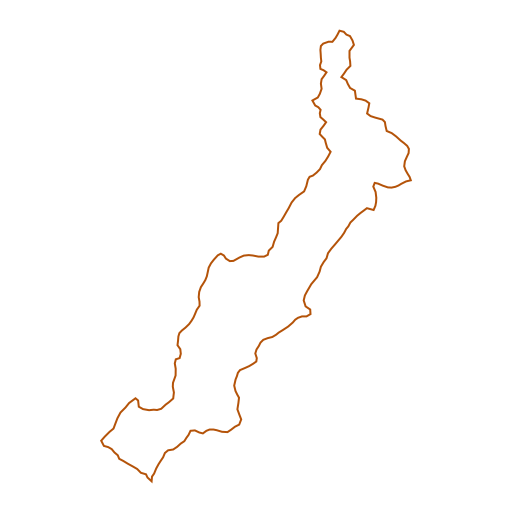 Guaiçara, São Paulo, Brazil (Mercator projection)
{"feature_id": "56859067B44295895024526", "entity_name": "Guaiçara", "entity_type": "district", "adm_level": 2, "iso_a3": "BRA", "parent_name": "Brazil", "parent_adm1": "São Paulo", "projection": "mercator", "projection_center": [-49.76, -21.553], "detail": "fine", "context": "isolated", "style": "outline", "palette": "amber", "viewbox_px": 512, "rotation_deg": 0, "n_neighbors": 0, "source": "geoboundaries", "source_scale": "gbopen_adm2", "svg_char_len": 3543}
<svg xmlns="http://www.w3.org/2000/svg" viewBox="0 0 512 512"><path d="M339.5,30.7L337.4,34.8L335.5,38.0L332.4,41.8L328.6,41.7L323.2,43.6L320.9,46.0L320.4,49.9L320.7,54.0L320.9,57.8L321.3,61.4L320.0,65.1L320.4,68.9L323.5,70.2L326.5,72.3L324.2,75.7L321.6,79.2L320.9,83.7L321.6,88.8L319.8,93.9L317.8,97.5L312.4,100.5L315.2,105.5L318.3,107.2L320.6,109.8L319.8,113.2L320.4,117.1L323.0,119.3L326.1,122.2L323.4,126.0L320.5,129.6L319.7,134.0L322.3,136.8L324.9,139.4L325.7,142.7L327.2,147.8L330.6,151.8L328.2,156.4L325.4,160.9L321.9,165.1L320.0,169.1L316.6,172.6L312.9,175.6L309.6,176.8L307.9,179.7L306.3,186.2L304.1,191.4L299.2,194.8L295.2,198.0L291.6,202.5L288.6,208.3L286.4,212.0L283.6,216.9L281.2,220.8L278.4,223.1L277.7,233.2L276.1,237.2L274.1,241.7L272.6,246.9L268.8,250.6L267.8,254.8L264.1,256.6L258.4,256.6L252.8,255.5L248.7,255.1L243.8,255.6L239.5,257.5L236.3,259.3L233.4,260.9L229.8,261.1L225.9,258.6L223.9,255.5L220.8,253.7L217.8,255.3L213.9,259.6L211.0,263.3L208.7,267.6L207.7,272.3L206.8,276.4L205.3,280.1L203.2,283.6L200.9,287.1L199.2,291.9L198.7,297.2L199.5,301.7L199.6,305.7L196.8,309.7L194.9,314.3L193.5,317.5L191.5,320.8L189.1,324.1L185.5,327.6L181.9,330.5L179.4,333.1L178.4,336.4L178.0,341.1L177.5,345.2L180.3,349.2L180.8,353.8L179.6,358.1L175.8,359.3L174.8,363.4L175.7,368.8L175.6,375.5L174.4,378.9L173.0,382.8L172.8,386.7L173.9,392.5L173.2,398.5L168.7,402.4L165.7,404.6L161.2,408.8L157.1,410.0L153.7,409.7L149.1,410.2L143.0,409.1L138.8,406.7L138.1,400.5L135.5,398.3L129.1,403.0L125.5,407.5L120.5,412.5L117.4,418.3L115.3,423.8L113.5,428.6L109.6,431.8L104.8,436.6L101.2,440.7L103.9,445.9L108.2,447.1L111.7,449.1L114.4,452.4L117.8,455.3L119.2,458.8L123.2,460.9L127.8,463.7L132.9,466.5L137.2,469.0L140.9,472.8L146.0,474.3L147.5,477.5L151.6,481.3L152.0,476.6L154.1,473.6L156.2,468.5L158.6,464.1L160.6,461.0L163.1,457.3L164.9,453.0L168.1,450.3L173.2,449.5L177.2,446.8L180.7,443.6L184.3,441.2L186.5,437.7L188.5,435.0L190.5,430.8L194.9,430.4L199.3,432.5L202.9,433.4L206.4,430.8L209.7,429.5L213.3,429.5L216.7,430.2L222.0,431.8L227.5,432.1L231.1,429.7L235.0,426.7L239.2,424.6L241.2,419.4L239.3,414.5L237.4,409.3L238.4,403.0L239.0,397.7L237.2,394.5L235.5,391.0L234.2,385.6L235.6,379.4L236.9,376.2L237.9,372.8L240.0,370.1L245.0,368.0L249.2,366.1L253.2,363.7L256.3,361.5L256.8,358.1L255.3,353.5L256.5,349.5L258.8,346.0L260.5,342.6L263.3,339.8L267.8,338.1L272.3,337.0L276.0,334.8L278.7,332.6L282.9,330.0L288.1,326.6L292.8,322.5L295.2,319.7L298.0,317.8L302.0,316.4L306.5,316.4L310.5,314.1L310.2,309.5L305.6,306.4L303.7,300.4L304.9,295.4L307.2,291.1L309.2,287.7L311.3,284.1L314.0,280.9L317.1,277.2L319.6,271.6L320.9,266.7L323.7,262.0L326.5,258.3L328.0,253.2L331.3,248.7L335.1,244.3L338.4,240.4L341.4,236.8L344.1,232.9L346.2,228.9L348.3,226.4L350.4,222.5L353.1,219.9L357.2,215.7L360.6,212.9L363.6,210.7L366.9,208.2L373.6,210.0L375.4,205.8L376.1,202.1L376.3,197.8L375.6,192.0L373.3,186.6L374.7,182.9L378.0,183.6L382.9,185.7L387.9,187.4L391.5,187.6L395.4,186.8L398.5,185.5L401.3,183.8L406.1,181.4L410.8,180.3L409.6,176.9L407.7,173.9L405.6,170.2L404.2,166.3L404.9,161.2L407.0,156.5L408.6,153.1L408.9,148.9L407.2,145.9L404.0,143.1L400.7,140.6L396.2,136.5L391.7,133.1L386.7,131.0L385.5,126.0L384.9,122.1L382.5,119.6L375.2,117.6L370.6,116.1L367.1,113.5L368.5,107.5L369.3,103.3L365.6,100.6L361.4,99.3L356.0,98.6L354.9,90.7L350.1,88.0L347.8,83.9L346.2,80.1L341.4,77.1L344.0,73.6L346.6,69.7L350.4,65.9L350.1,61.4L349.5,57.7L349.5,50.9L353.9,44.9L352.5,40.5L350.0,36.1L346.4,34.6L343.8,31.8L339.5,30.7Z" fill="none" stroke="#b45309" stroke-width="2"/></svg>